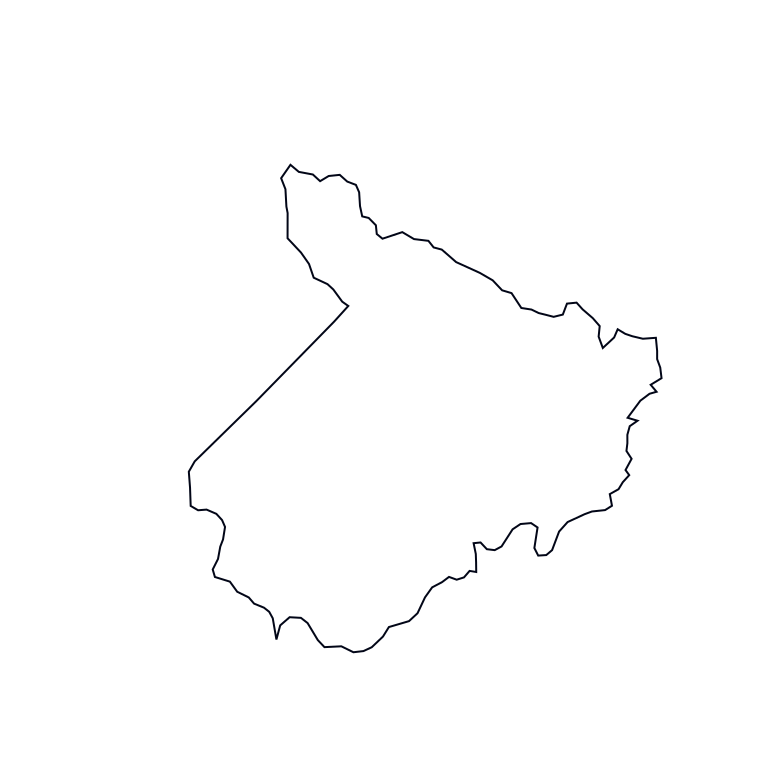 the district of Santana do Itararé, Paraná, Brazil, rotated 55°
{"feature_id": "56859067B73123579493157", "entity_name": "Santana do Itararé", "entity_type": "district", "adm_level": 2, "iso_a3": "BRA", "parent_name": "Brazil", "parent_adm1": "Paraná", "projection": "natural_earth1", "projection_center": [-49.628, -23.749], "detail": "fine", "context": "isolated", "style": "outline", "palette": "ink", "viewbox_px": 768, "rotation_deg": 55, "n_neighbors": 0, "source": "geoboundaries", "source_scale": "gbopen_adm2", "svg_char_len": 1905}
<svg xmlns="http://www.w3.org/2000/svg" viewBox="0 0 768 768"><g transform="rotate(55 384 384)"><path d="M502.1,134.8L495.4,146.0L487.3,153.2L481.3,157.6L473.2,161.2L477.9,168.8L480.0,184.1L468.3,181.0L460.3,174.1L449.8,175.2L436.8,178.5L427.8,179.6L423.1,188.0L429.7,197.7L426.3,206.5L420.1,211.8L414.6,216.6L407.6,220.5L400.5,227.9L382.7,227.4L375.0,233.5L361.4,235.5L347.9,241.8L325.5,255.0L313.7,257.9L307.0,259.6L300.6,265.0L292.2,265.5L282.5,276.3L270.1,281.9L264.1,301.9L257.0,303.9L249.3,299.6L239.2,301.3L234.2,305.7L224.5,301.6L212.7,294.4L204.8,292.8L197.1,298.0L187.3,300.3L181.9,310.0L181.2,320.0L171.6,322.1L161.4,332.1L150.8,334.9L156.4,350.2L167.9,353.0L182.7,362.2L188.7,364.9L209.3,379.4L228.8,376.6L242.7,376.6L256.6,380.6L269.8,373.0L277.5,371.3L292.6,371.0L299.6,368.5L304.3,389.1L324.7,498.0L338.8,583.4L343.9,594.2L357.6,602.3L373.0,612.3L380.8,608.7L385.1,601.4L394.2,595.8L402.6,594.7L409.9,596.2L419.0,605.0L423.3,611.4L432.1,620.3L437.7,630.7L445.1,633.2L457.5,623.6L470.0,623.4L481.3,617.2L489.4,616.4L498.4,610.6L504.8,608.7L512.1,609.5L531.6,618.7L522.2,607.5L520.9,595.1L527.9,586.2L536.0,583.7L555.8,585.1L565.4,583.7L574.4,569.4L586.2,562.9L591.0,554.0L592.6,545.0L590.3,529.7L585.9,519.4L592.6,499.5L591.0,488.0L582.3,472.8L578.2,461.2L579.6,450.0L579.3,441.4L586.0,436.7L588.3,429.4L586.2,421.1L590.9,416.3L583.0,410.9L575.9,406.3L565.8,401.9L569.2,395.8L578.3,394.5L583.6,388.6L584.5,380.9L576.8,362.0L577.0,352.5L582.3,343.3L589.6,340.5L604.6,354.9L613.0,356.1L617.2,349.2L616.5,341.6L605.3,325.2L602.4,312.8L605.7,294.4L607.7,286.8L614.1,275.2L614.5,267.1L603.7,262.2L604.7,252.2L601.4,244.7L599.3,235.4L593.0,235.5L587.3,224.1L577.9,223.8L572.1,218.6L565.2,213.8L559.5,206.9L559.5,197.4L551.4,203.8L544.7,183.6L544.3,172.1L546.7,165.2L537.6,166.0L538.4,153.3L529.0,148.3L520.3,146.0L513.6,141.3L502.1,134.8Z" fill="none" stroke="#020617" stroke-width="2"/></g></svg>